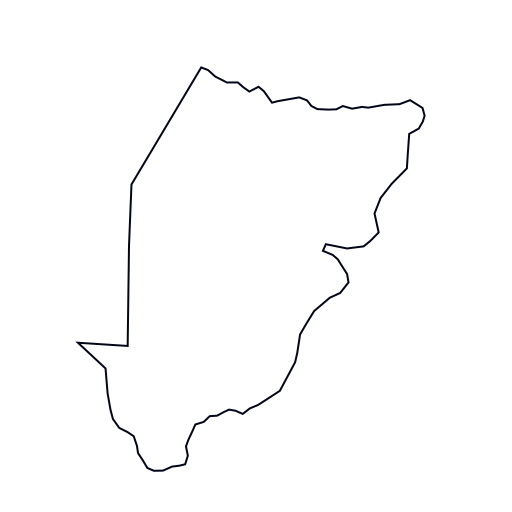 Quixaba, Pernambuco, Brazil (Natural Earth projection), rotated 170°
{"feature_id": "56859067B2724242969158", "entity_name": "Quixaba", "entity_type": "district", "adm_level": 2, "iso_a3": "BRA", "parent_name": "Brazil", "parent_adm1": "Pernambuco", "projection": "natural_earth1", "projection_center": [-37.864, -7.714], "detail": "fine", "context": "isolated", "style": "outline", "palette": "ink", "viewbox_px": 512, "rotation_deg": 170, "n_neighbors": 0, "source": "geoboundaries", "source_scale": "gbopen_adm2", "svg_char_len": 1209}
<svg xmlns="http://www.w3.org/2000/svg" viewBox="0 0 512 512"><g transform="rotate(170 256 256)"><path d="M66.3,372.9L77.2,382.7L88.3,380.6L103.5,382.6L119.7,382.6L125.6,384.4L135.8,384.4L144.4,388.6L151.5,386.5L159.3,387.6L170.0,390.0L175.4,394.1L178.7,400.4L185.9,404.7L199.3,404.7L207.9,404.7L213.6,404.2L219.7,417.0L224.1,422.2L234.0,419.1L239.1,424.3L243.8,430.1L254.5,431.9L265.0,439.8L270.9,447.4L277.2,451.2L366.2,348.1L379.3,288.1L398.0,189.7L446.4,201.5L423.7,171.4L426.0,146.4L426.0,129.8L425.2,120.3L420.5,110.4L413.0,104.8L407.7,99.7L406.2,89.6L406.4,82.4L402.9,74.3L399.8,66.1L393.8,62.2L384.9,60.8L375.1,63.2L368.1,62.8L361.9,63.2L357.8,71.2L358.0,80.7L354.4,86.9L349.4,94.0L345.0,100.6L336.3,101.7L329.4,106.3L322.0,105.5L314.8,107.9L309.2,109.4L303.1,107.2L296.5,102.8L288.5,107.0L279.7,109.0L255.9,119.1L235.9,144.6L232.2,153.4L226.2,171.1L218.7,180.0L208.3,191.7L190.6,202.1L179.5,205.0L169.5,213.9L169.4,222.3L176.1,238.6L180.2,243.7L189.2,249.4L185.2,255.5L165.0,247.6L148.3,246.8L140.8,251.0L131.1,257.9L131.9,277.3L123.2,291.5L109.8,303.6L92.2,316.1L89.0,329.3L87.1,336.9L83.9,349.7L73.6,353.2L68.4,359.4L65.6,364.9L66.3,372.9Z" fill="none" stroke="#020617" stroke-width="2"/></g></svg>